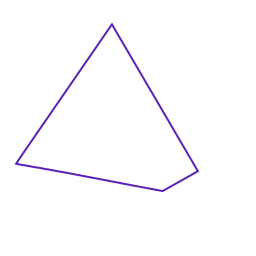 Nome nor, Telemark, Norway (Albers equal-area conic projection), rotated 118°
{"feature_id": "86288312B29220446300399", "entity_name": "Nome nor", "entity_type": "district", "adm_level": 2, "iso_a3": "NOR", "parent_name": "Norway", "parent_adm1": "Telemark", "projection": "albers", "projection_center": [9.279, 59.161], "detail": "fine", "context": "isolated", "style": "outline", "palette": "violet", "viewbox_px": 256, "rotation_deg": 118, "n_neighbors": 0, "source": "geoboundaries", "source_scale": "gbopen_adm2", "svg_char_len": 601}
<svg xmlns="http://www.w3.org/2000/svg" viewBox="0 0 256 256"><g transform="rotate(118 128 128)"><path d="M44.0,190.8L45.3,191.0L61.7,192.9L116.6,199.2L148.8,202.9L171.5,205.5L174.1,205.9L177.1,206.2L179.2,206.4L182.1,206.7L185.1,207.1L187.9,207.4L191.5,207.8L195.7,208.3L199.2,208.7L202.8,209.1L207.1,209.5L212.0,210.0L211.8,208.9L211.1,206.7L210.3,204.1L208.9,200.0L207.8,196.5L206.5,192.4L205.5,189.5L204.4,186.4L203.2,182.1L201.8,178.3L199.7,171.4L198.9,169.0L196.8,162.5L176.4,96.5L167.4,67.8L133.3,46.0L54.6,173.7L44.8,189.6L44.0,190.8Z" fill="none" stroke="#5b21b6" stroke-width="2"/></g></svg>